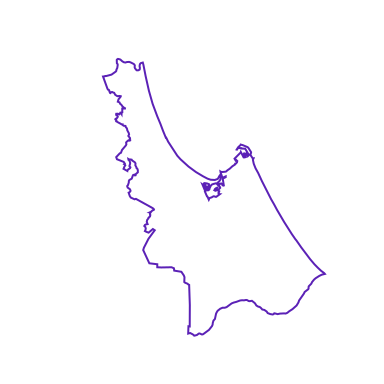 Napier City, Hawke's Bay, New Zealand (Mercator projection), rotated 330°
{"feature_id": "76426892B22916001519888", "entity_name": "Napier City", "entity_type": "district", "adm_level": 2, "iso_a3": "NZL", "parent_name": "New Zealand", "parent_adm1": "Hawke's Bay", "projection": "mercator", "projection_center": [176.876, -39.479], "detail": "fine", "context": "isolated", "style": "outline", "palette": "violet", "viewbox_px": 384, "rotation_deg": 330, "n_neighbors": 0, "source": "geoboundaries", "source_scale": "gbopen_adm2", "svg_char_len": 6064}
<svg xmlns="http://www.w3.org/2000/svg" viewBox="0 0 384 384"><g transform="rotate(330 192 192)"><path d="M266.1,329.4L265.9,328.3L264.4,324.8L263.1,320.5L261.9,315.8L260.7,309.2L258.9,294.5L258.2,286.2L257.9,284.4L257.4,278.2L256.8,264.0L256.7,250.0L256.9,243.5L256.9,237.9L258.0,217.4L258.8,208.7L258.9,203.2L259.6,198.4L260.8,194.7L261.3,193.8L262.0,193.8L262.2,193.6L261.4,193.3L261.2,190.0L261.5,188.4L262.7,187.7L263.1,187.0L262.9,182.1L262.6,181.0L259.4,176.8L257.9,175.3L257.6,175.6L254.4,176.3L251.9,177.6L252.1,177.8L253.9,176.9L256.7,178.7L256.6,179.1L259.7,181.1L259.8,188.5L258.1,188.9L258.1,185.7L257.7,185.8L257.8,188.2L256.8,186.5L256.9,186.2L256.3,185.2L256.5,184.7L256.3,184.6L256.0,184.8L255.8,188.6L254.3,188.1L254.0,187.8L254.3,181.8L254.0,182.1L245.5,184.4L245.5,186.6L246.3,186.4L246.7,187.8L245.8,188.8L244.4,189.3L243.7,189.4L242.9,188.5L243.3,189.4L243.0,189.7L239.8,189.9L236.3,190.7L233.5,190.9L231.9,191.3L231.0,191.1L228.4,189.9L227.0,189.0L227.0,188.7L226.9,188.5L226.5,189.5L225.7,193.8L225.5,194.1L226.0,195.0L229.0,195.3L228.6,196.0L225.3,195.8L222.8,202.3L222.6,202.3L221.8,201.5L221.9,200.5L222.2,200.3L221.6,199.2L220.0,198.8L219.9,199.2L219.4,199.4L218.8,199.1L218.6,198.3L218.1,198.1L217.7,197.0L220.9,196.4L223.0,195.3L223.8,194.1L224.3,191.6L223.4,192.0L221.0,193.5L220.6,193.5L217.8,193.0L214.3,190.7L212.1,188.2L209.4,183.9L205.4,176.7L201.7,168.2L198.4,157.9L197.4,153.2L196.5,136.5L196.8,132.6L196.8,131.9L196.5,131.9L197.5,124.5L198.7,117.3L199.8,108.9L202.0,95.9L205.3,82.8L209.7,68.7L213.5,57.6L214.1,55.3L212.0,54.8L211.1,55.1L210.3,55.8L209.5,56.8L209.0,58.3L208.2,59.5L207.8,59.8L206.5,59.8L205.1,59.1L204.8,58.5L204.5,56.3L204.7,55.3L205.8,53.7L205.7,52.4L205.3,51.6L203.6,49.0L202.6,47.9L200.6,46.9L199.1,46.6L197.8,45.5L196.9,43.8L196.2,41.5L195.0,40.2L194.4,39.7L193.1,39.8L192.7,40.3L191.3,43.0L191.5,44.0L191.2,44.8L189.3,47.2L187.8,48.2L186.9,49.3L186.2,49.6L181.0,50.1L175.8,48.7L174.8,48.1L174.3,48.2L172.7,47.5L170.4,60.4L170.5,61.5L171.0,61.9L171.1,62.7L170.7,63.7L170.6,65.4L170.8,65.6L171.9,65.1L173.0,65.6L173.4,66.4L174.2,67.2L174.1,69.4L175.1,71.4L175.4,71.8L177.1,72.5L178.2,73.4L178.0,73.7L174.7,75.0L172.9,76.7L174.0,78.1L173.9,79.9L174.4,80.9L174.6,83.1L175.5,85.6L176.4,86.6L173.3,84.9L171.5,88.1L170.8,87.9L170.0,89.2L170.0,88.0L169.6,87.5L168.0,88.4L166.9,87.1L165.5,86.4L164.9,87.2L164.9,87.8L165.6,88.6L165.5,89.5L165.0,90.0L163.3,90.7L162.5,90.4L162.0,90.6L162.0,91.4L162.3,92.3L161.7,92.9L165.2,98.7L165.7,98.8L165.5,99.4L165.9,100.4L167.4,101.5L167.1,102.8L167.4,104.1L167.3,104.9L166.8,106.2L166.7,109.4L166.3,110.7L164.9,111.6L165.3,114.2L165.1,114.7L164.3,115.1L164.5,116.1L164.3,116.4L163.6,116.3L162.3,115.5L160.3,115.9L159.6,116.3L159.0,117.9L158.0,118.6L152.4,120.6L150.1,122.5L148.8,122.4L143.8,123.9L143.4,126.1L147.9,131.8L148.0,133.8L147.2,134.0L147.5,134.5L147.6,135.5L146.2,136.2L144.3,137.7L146.5,141.4L146.7,141.1L148.0,140.6L150.2,140.4L151.0,139.8L150.7,138.5L150.8,138.2L152.5,136.6L153.1,135.6L153.4,134.1L153.4,132.8L153.1,132.4L153.4,131.6L153.9,132.5L154.5,132.7L155.9,133.8L155.9,134.7L157.3,137.6L157.4,138.6L157.3,139.1L156.3,140.5L156.2,142.8L155.9,143.7L156.3,144.4L156.0,146.0L154.9,147.9L152.2,148.4L151.5,149.3L150.9,149.1L150.9,148.2L149.6,147.9L149.2,148.0L146.5,150.3L143.7,150.3L142.8,150.9L142.0,152.2L140.0,154.0L138.8,154.5L138.5,156.0L139.6,158.5L139.5,159.9L139.1,160.5L138.7,160.7L137.5,161.0L136.8,160.9L136.1,164.4L136.2,166.2L138.6,169.6L140.0,169.9L150.0,186.5L150.4,188.0L149.9,188.4L148.5,188.2L146.7,188.6L145.1,188.5L145.8,189.1L144.9,189.5L144.1,191.2L144.2,191.3L143.4,192.2L141.5,192.5L141.2,193.0L139.2,193.8L137.9,195.2L137.5,197.6L135.7,197.0L134.8,197.0L133.7,197.6L134.1,199.0L133.7,200.5L132.6,201.7L131.7,202.3L132.6,203.7L134.1,205.5L139.6,204.5L140.6,206.5L131.0,210.7L122.5,216.2L120.7,217.9L119.4,232.4L125.8,237.2L124.3,239.8L127.7,242.0L136.6,246.9L138.2,249.0L137.3,251.2L142.9,255.8L143.2,260.2L142.9,262.0L140.3,266.1L140.7,267.2L142.3,269.2L142.5,270.1L143.1,271.0L133.6,288.8L122.8,307.3L121.8,306.5L117.9,312.7L119.9,313.2L121.3,315.4L121.9,316.6L122.0,317.4L122.4,317.7L124.8,318.3L127.0,318.0L127.5,318.1L128.1,318.6L129.4,320.4L130.4,320.7L131.7,320.6L137.8,319.9L142.3,318.1L143.5,317.2L144.6,315.7L146.3,314.1L148.4,313.4L152.0,309.4L153.3,308.5L154.8,307.7L158.1,307.2L160.6,307.5L162.5,308.6L164.4,309.0L170.6,308.3L172.8,308.6L175.4,309.3L179.4,310.0L181.3,310.8L182.8,311.8L184.8,312.5L185.6,313.1L186.6,314.8L187.4,315.4L189.5,316.2L190.6,319.0L190.9,320.0L191.0,322.5L192.1,324.5L193.1,325.3L193.7,326.8L194.1,328.9L195.7,330.3L196.9,332.9L197.0,334.7L198.7,336.8L200.6,338.4L201.6,338.6L202.4,338.2L202.8,338.3L205.1,340.6L207.4,341.3L211.1,343.2L212.4,344.1L214.2,344.3L216.5,343.9L220.4,343.7L225.8,342.6L228.9,340.9L230.5,339.5L238.0,336.0L239.6,334.9L244.1,334.3L244.8,333.7L245.5,332.5L246.1,332.0L249.4,331.1L251.0,330.0L253.9,328.9L255.9,328.5L260.3,328.3L263.0,328.5L266.1,329.4ZM206.3,190.8L206.6,190.5L207.2,190.5L209.3,192.1L210.6,193.7L210.4,194.2L209.2,195.4L208.1,195.0L208.9,195.6L207.3,196.1L206.2,197.8L205.9,197.8L206.0,198.1L206.6,198.5L207.2,198.7L208.0,198.5L207.8,197.9L207.8,196.8L208.3,197.1L208.3,197.4L209.1,197.6L211.5,195.9L212.9,195.5L214.4,195.7L216.9,196.4L217.4,196.8L218.7,201.8L218.5,202.5L216.0,203.3L212.8,202.2L212.8,201.7L213.2,201.1L214.8,200.9L215.5,201.2L216.9,200.6L215.8,200.9L214.7,200.7L213.4,200.9L213.0,201.1L212.7,201.6L212.3,201.7L212.8,202.6L215.1,203.1L215.9,203.7L215.6,204.2L216.0,205.0L215.3,205.6L214.8,205.6L214.6,205.9L214.7,206.1L214.2,206.7L214.2,207.1L215.1,207.8L210.6,208.3L210.3,208.2L208.8,206.6L207.6,206.4L206.4,206.5L203.6,205.9L203.0,206.5L203.0,206.9L202.7,207.1L203.1,203.9L203.0,203.3L202.8,203.2L203.4,198.2L203.8,198.2L204.8,190.8L205.1,191.5L205.1,192.5L204.7,193.8L205.0,194.1L205.0,194.7L204.7,195.5L204.8,196.5L205.2,196.7L205.7,195.7L207.3,195.0L207.1,194.7L207.9,194.9L206.3,194.2L206.6,193.5L206.4,193.0L206.7,192.7L207.1,192.7L207.3,192.4L206.7,191.2L206.3,190.8Z" fill="none" stroke="#5b21b6" stroke-width="2"/></g></svg>